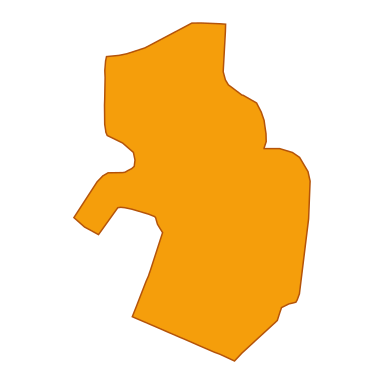 the district of Sa'dah, Sa`dah, Yemen
{"feature_id": "15242507B19986135931158", "entity_name": "Sa'dah", "entity_type": "district", "adm_level": 2, "iso_a3": "YEM", "parent_name": "Yemen", "parent_adm1": "Sa`dah", "projection": "mercator", "projection_center": [43.754, 16.929], "detail": "fine", "context": "isolated", "style": "filled", "palette": "amber", "viewbox_px": 384, "rotation_deg": 0, "n_neighbors": 0, "source": "geoboundaries", "source_scale": "gbopen_adm2", "svg_char_len": 1434}
<svg xmlns="http://www.w3.org/2000/svg" viewBox="0 0 384 384"><path d="M105.8,60.0L105.6,60.7L104.8,70.6L105.1,77.7L105.0,82.9L104.7,99.4L104.5,105.1L104.7,124.3L105.8,131.4L105.7,131.8L107.2,135.5L122.6,143.0L133.4,152.4L135.0,160.1L134.2,166.4L131.7,168.6L127.6,170.7L125.1,172.2L122.7,172.6L109.1,172.8L108.1,172.8L102.9,175.8L97.2,181.7L73.9,217.6L84.5,227.0L98.5,234.6L117.8,207.7L120.8,207.3L124.8,207.7L131.9,209.2L137.6,210.9L148.7,214.2L153.2,216.0L154.7,216.6L155.7,217.9L156.0,219.1L156.7,221.6L157.5,224.3L159.8,228.1L162.6,232.6L150.3,270.6L149.4,273.1L148.5,275.9L146.1,281.3L144.2,286.2L136.4,306.4L132.3,316.7L134.3,317.6L151.8,325.1L155.3,326.6L168.1,332.2L179.7,337.2L184.3,339.1L200.7,346.3L214.6,352.3L219.6,354.1L233.2,360.4L234.5,361.0L242.1,352.9L244.4,350.8L254.8,341.2L263.5,333.2L271.9,325.5L275.5,322.2L276.6,321.1L277.3,320.5L280.0,312.0L281.2,308.6L281.5,307.6L288.9,303.9L292.9,303.0L295.9,302.2L297.2,299.9L299.4,293.9L308.6,218.9L310.1,181.1L308.0,171.6L299.6,157.4L292.5,152.5L279.6,148.6L264.1,148.6L264.1,148.0L266.2,141.6L266.0,133.7L264.8,125.6L264.1,120.4L262.1,114.6L261.3,112.2L258.9,107.5L257.8,105.4L256.6,103.0L243.2,95.3L241.8,95.0L233.5,88.7L228.4,84.9L225.4,79.9L223.2,71.8L223.4,67.8L223.5,65.9L225.4,31.5L225.6,24.2L223.1,24.0L220.4,23.8L210.9,23.4L201.0,23.0L191.8,23.1L144.9,47.9L126.7,53.8L118.9,55.4L106.5,56.6L105.8,60.0Z" fill="#f59e0b" stroke="#b45309" stroke-width="1.5"/></svg>